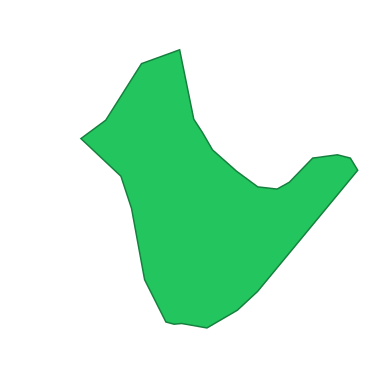 SVG path tracing the border of Majšperk, rotated 126°
{"feature_id": "SVN-211", "entity_name": "Majšperk", "entity_type": "Municipality", "adm_level": 1, "iso_a3": "SVN", "parent_name": "Slovenia", "parent_adm1": "", "projection": "equal_earth", "projection_center": [15.741, 46.315], "detail": "fine", "context": "isolated", "style": "filled", "palette": "green", "viewbox_px": 384, "rotation_deg": 126, "n_neighbors": 0, "source": "natural_earth", "source_scale": "10m", "svg_char_len": 461}
<svg xmlns="http://www.w3.org/2000/svg" viewBox="0 0 384 384"><g transform="rotate(126 192 192)"><path d="M214.1,313.3L184.6,304.0L117.8,308.3L84.2,285.6L132.1,233.3L137.7,218.6L145.9,200.1L149.0,168.2L149.2,141.8L139.6,124.9L126.9,119.0L93.6,114.3L76.4,96.2L71.5,83.8L77.0,70.7L233.9,80.5L260.9,85.8L293.2,100.0L304.5,123.1L309.5,128.8L312.5,136.7L290.8,178.8L240.8,231.3L221.0,258.8L214.1,313.3Z" fill="#22c55e" stroke="#15803d" stroke-width="1.5"/></g></svg>